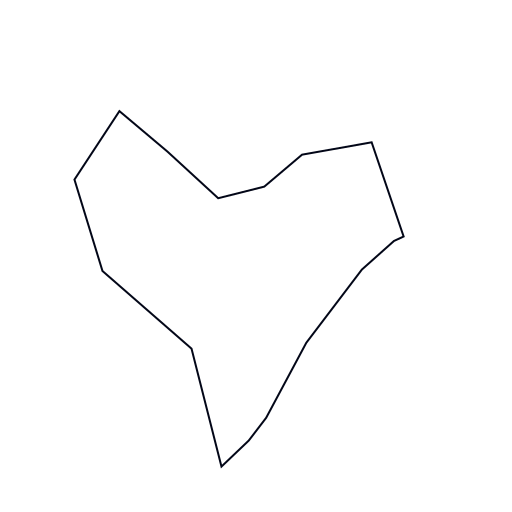 map outline of Distrito Nacional (Equal Earth projection), rotated 339°
{"feature_id": "DOM-1985", "entity_name": "Distrito Nacional", "entity_type": "National District", "adm_level": 1, "iso_a3": "DOM", "parent_name": "Dominican Republic", "parent_adm1": "", "projection": "equal_earth", "projection_center": [-69.937, 18.482], "detail": "fine", "context": "isolated", "style": "outline", "palette": "ink", "viewbox_px": 512, "rotation_deg": 339, "n_neighbors": 0, "source": "natural_earth", "source_scale": "10m", "svg_char_len": 369}
<svg xmlns="http://www.w3.org/2000/svg" viewBox="0 0 512 512"><g transform="rotate(339 256 256)"><path d="M400.8,290.7L390.2,291.4L350.0,306.6L271.9,355.0L207.5,410.7L183.1,425.7L148.3,440.2L162.6,319.4L107.3,215.0L113.9,119.6L180.4,71.8L210.8,126.9L241.4,188.5L288.6,194.2L335.3,177.9L404.7,191.3L400.8,290.7Z" fill="none" stroke="#020617" stroke-width="2"/></g></svg>